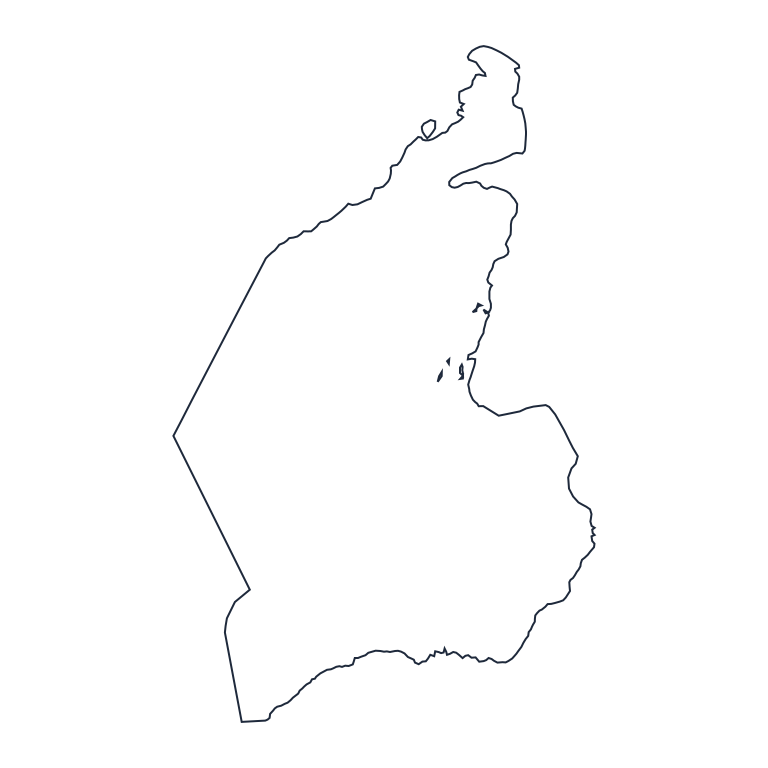 outline of Turiaçu, Maranhão, Brazil
{"feature_id": "56859067B17622420397796", "entity_name": "Turiaçu", "entity_type": "district", "adm_level": 2, "iso_a3": "BRA", "parent_name": "Brazil", "parent_adm1": "Maranhão", "projection": "mercator", "projection_center": [-45.384, -1.709], "detail": "fine", "context": "isolated", "style": "outline", "palette": "slate", "viewbox_px": 768, "rotation_deg": 0, "n_neighbors": 0, "source": "geoboundaries", "source_scale": "gbopen_adm2", "svg_char_len": 5670}
<svg xmlns="http://www.w3.org/2000/svg" viewBox="0 0 768 768"><path d="M488.1,312.5L490.0,310.5L490.9,307.8L490.9,303.8L489.4,299.0L489.4,296.1L489.4,291.5L490.4,287.6L492.0,285.5L488.3,282.5L487.3,279.6L488.6,276.3L489.6,272.6L491.5,270.0L492.7,267.3L493.3,264.1L494.6,261.2L498.4,258.8L503.8,257.0L507.5,254.4L508.5,251.6L507.7,247.8L505.8,244.4L506.7,241.9L510.6,234.6L510.9,229.8L510.9,224.6L511.5,220.9L512.8,218.2L515.0,215.9L516.7,212.4L516.9,208.9L517.2,204.0L514.6,199.5L511.9,196.5L510.0,193.8L506.6,191.4L503.9,190.2L500.1,189.0L497.8,188.1L492.1,186.6L489.8,187.5L487.0,188.9L483.8,187.8L481.4,185.8L480.1,183.5L476.3,181.7L472.1,182.6L468.9,183.1L466.1,183.0L463.3,183.7L460.5,185.5L457.7,187.0L454.6,187.7L451.8,187.1L449.3,185.2L449.2,182.0L452.3,178.1L455.4,176.3L457.4,175.0L460.3,173.4L462.6,172.4L466.2,171.3L469.5,169.9L472.6,169.0L476.2,167.8L480.2,165.8L485.0,164.0L488.0,163.4L491.0,163.3L494.0,162.4L496.9,161.4L501.0,159.9L505.4,157.8L509.4,156.0L513.0,153.8L516.6,152.9L522.4,153.5L524.6,150.8L525.0,148.5L525.3,145.5L525.5,142.2L525.7,139.7L526.0,134.3L526.0,131.7L525.7,127.8L525.3,123.4L524.5,119.1L523.6,115.4L522.6,111.7L521.6,108.6L518.3,107.7L515.8,106.4L513.7,104.8L512.9,101.2L512.8,97.6L515.2,95.5L517.2,92.8L517.8,88.6L518.2,84.2L519.2,79.7L519.2,76.7L517.4,73.6L515.3,71.6L515.0,68.9L519.2,67.7L518.9,65.2L516.2,62.8L508.2,57.0L501.4,52.8L496.7,50.4L491.5,48.0L487.8,46.9L483.7,46.1L479.8,46.8L476.0,48.5L472.1,50.8L469.3,54.1L467.8,57.0L468.9,59.7L473.4,61.3L476.1,62.4L478.1,65.3L480.5,68.6L482.7,71.2L484.9,73.0L485.5,75.9L482.2,75.4L479.1,74.5L475.9,75.0L474.7,77.8L472.7,80.7L472.2,84.5L470.6,87.0L467.9,88.2L465.1,89.2L462.9,90.4L459.5,91.9L459.1,95.2L459.2,99.1L459.9,102.5L463.8,104.0L460.9,106.7L462.6,110.7L458.7,109.7L457.3,112.5L458.5,115.1L461.0,115.7L463.2,117.2L460.5,119.8L458.1,121.7L454.9,123.2L452.1,124.3L449.3,127.3L447.4,131.0L445.3,132.6L442.3,132.9L436.8,136.8L432.7,139.1L428.7,140.3L425.5,140.4L422.7,139.7L421.2,137.5L418.2,137.0L415.6,139.6L413.5,141.5L410.6,144.4L407.8,146.2L405.6,149.5L404.5,152.7L403.3,155.3L402.3,157.5L400.2,161.5L397.2,164.9L392.3,165.7L390.6,167.9L391.0,170.4L390.8,173.8L389.7,178.5L388.1,181.5L385.9,183.9L383.2,186.6L379.1,187.9L374.9,188.4L372.4,194.5L370.7,198.7L367.2,199.8L362.3,202.0L357.5,204.3L352.4,205.0L348.3,203.7L345.7,206.7L341.4,210.8L338.8,213.0L336.4,214.9L333.8,217.0L331.2,219.0L327.5,221.0L323.4,221.7L320.8,222.1L318.7,224.0L316.8,226.5L313.6,229.3L311.2,231.3L308.1,231.4L303.6,231.3L300.8,234.1L297.4,236.5L293.3,237.6L289.2,238.1L286.9,240.6L283.9,242.8L279.3,244.7L277.3,247.3L274.7,250.4L271.8,252.6L268.1,256.0L265.8,258.4L263.9,262.1L234.9,317.5L192.2,399.5L181.8,419.8L173.4,435.9L223.8,537.3L249.8,589.7L234.9,602.0L226.9,618.3L225.6,626.0L224.9,632.5L241.7,721.9L265.3,720.6L267.6,719.6L269.6,717.9L270.1,713.9L273.1,710.6L274.8,708.4L277.2,706.7L281.2,705.7L284.8,703.8L287.6,702.7L290.6,700.2L292.9,697.7L298.2,693.6L299.7,690.6L302.3,688.5L304.1,686.6L306.6,684.4L310.3,682.4L312.0,679.3L314.9,678.7L316.2,676.7L320.3,673.4L324.4,671.2L327.0,669.8L330.9,669.3L333.3,668.3L336.3,666.8L339.4,666.2L342.0,666.9L345.2,665.7L348.7,666.0L352.8,664.4L353.7,661.7L354.8,658.0L358.0,658.0L360.9,656.8L365.5,655.2L368.3,652.8L375.6,650.7L380.4,651.0L384.0,651.7L386.9,651.4L390.0,652.0L395.0,651.0L398.0,650.8L401.0,651.6L404.5,653.4L407.9,657.0L411.5,658.6L413.8,659.7L415.0,662.6L418.7,664.2L422.4,661.6L425.8,661.3L427.9,658.7L430.3,654.8L434.2,656.2L435.2,651.3L438.8,652.1L441.1,653.1L443.6,652.5L444.6,648.5L446.2,651.7L447.0,654.8L450.0,653.8L453.2,652.0L456.2,652.7L459.0,654.9L462.6,658.1L465.4,655.8L468.2,655.2L471.5,657.7L475.6,657.4L479.2,661.7L483.7,661.1L486.2,660.1L488.6,658.0L491.6,659.0L494.0,660.8L497.4,662.6L502.5,662.2L505.7,662.4L508.4,661.0L512.2,658.5L514.7,655.7L516.5,653.6L518.1,651.3L521.4,646.9L523.4,642.8L525.7,639.0L528.2,635.9L528.7,632.1L530.9,629.4L532.0,626.7L533.1,624.5L534.8,621.7L534.9,618.7L535.3,615.4L537.1,613.1L539.5,610.6L541.8,609.6L545.4,606.7L547.6,604.1L551.2,603.9L554.9,603.0L559.8,601.6L563.2,600.3L565.8,597.5L567.8,594.4L570.0,591.0L569.6,587.0L569.3,582.2L570.5,579.9L573.0,578.0L574.8,575.4L576.8,571.9L578.6,569.6L580.4,566.3L580.8,563.2L582.0,559.8L584.7,557.7L587.8,554.8L590.0,551.9L594.0,547.2L594.5,543.7L592.2,541.0L591.5,536.3L594.6,535.0L592.7,533.0L592.2,529.6L594.6,527.8L591.6,525.9L590.4,521.5L591.0,517.8L591.5,514.1L590.0,509.3L586.4,506.8L582.1,504.5L578.4,502.4L573.1,496.5L569.0,488.6L568.2,477.5L571.5,468.4L575.7,463.8L577.8,456.2L572.8,447.8L569.4,441.1L564.1,430.2L555.2,414.4L549.2,406.9L545.7,405.1L533.4,406.6L526.3,408.4L519.8,411.4L505.7,414.3L498.7,415.7L483.2,406.1L478.7,406.2L477.2,403.6L475.2,402.1L472.9,399.7L470.9,395.5L469.5,391.7L469.2,389.0L468.2,384.6L469.5,380.0L470.6,377.2L471.5,374.3L472.7,370.6L474.2,366.2L475.0,362.6L475.2,359.2L471.8,358.7L467.8,359.4L468.5,355.0L472.2,353.4L475.6,351.4L477.5,347.4L478.6,344.6L478.6,342.1L481.2,337.0L483.5,333.0L483.9,329.3L485.0,325.3L485.8,321.6L487.0,319.0L488.9,315.7L488.1,312.5ZM463.0,375.7L460.0,373.0L460.0,367.6L461.8,364.6L462.6,366.9L462.3,370.2L462.9,373.0L463.0,375.7ZM441.7,376.1L437.7,381.8L439.1,376.2L441.8,371.8L441.7,376.1ZM476.5,308.5L478.1,303.7L481.4,305.4L478.7,306.1L476.5,308.5ZM488.1,312.5L485.6,313.3L483.5,309.6L488.1,312.5ZM476.5,308.5L476.3,311.1L472.6,312.1L476.5,308.5ZM449.2,359.2L448.8,363.8L447.1,361.2L449.2,359.2ZM463.0,375.7L462.9,378.5L460.2,378.9L463.0,375.7ZM429.7,136.0L432.8,132.0L435.1,128.4L435.2,121.4L430.6,120.0L427.2,122.0L423.9,123.7L421.8,126.8L422.0,129.3L422.6,131.9L424.7,135.2L427.2,138.2L429.7,136.0Z" fill="none" stroke="#1e293b" stroke-width="2"/></svg>